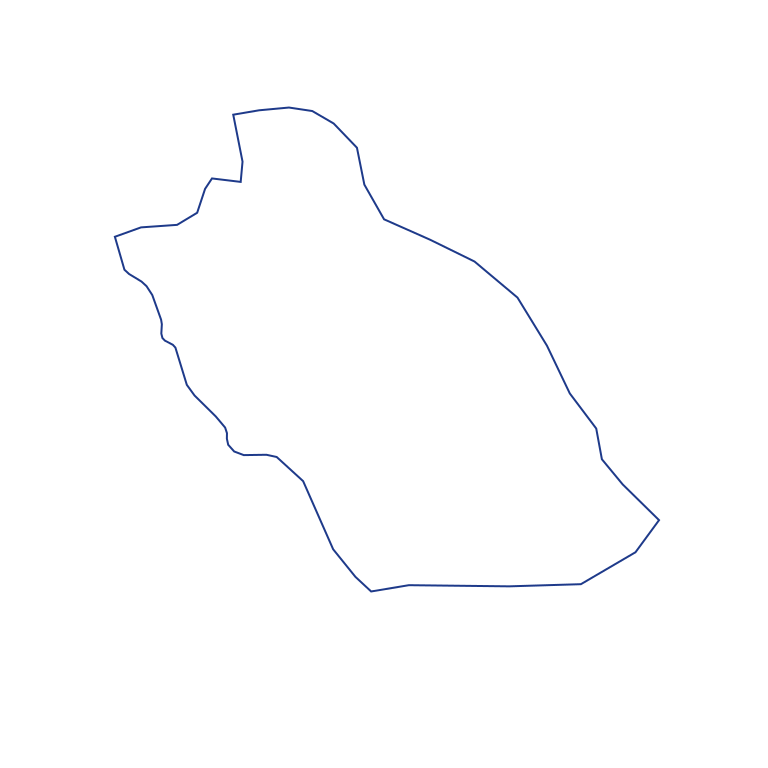 the border of Lola, rotated 130°
{"feature_id": "GIN-5650", "entity_name": "Lola", "entity_type": "Prefecture", "adm_level": 1, "iso_a3": "GIN", "parent_name": "Guinea", "parent_adm1": "", "projection": "equal_earth", "projection_center": [-8.285, 7.882], "detail": "fine", "context": "isolated", "style": "outline", "palette": "blue", "viewbox_px": 768, "rotation_deg": 130, "n_neighbors": 0, "source": "natural_earth", "source_scale": "10m", "svg_char_len": 848}
<svg xmlns="http://www.w3.org/2000/svg" viewBox="0 0 768 768"><g transform="rotate(130 384 384)"><path d="M551.2,260.5L550.1,282.0L543.3,316.7L510.4,383.5L508.9,419.3L513.8,428.6L528.6,445.7L532.0,455.4L530.7,464.3L526.9,469.2L522.6,472.7L519.5,477.7L517.0,492.0L514.6,521.7L511.4,534.5L490.2,567.2L489.7,570.9L491.6,579.7L491.2,583.3L488.5,587.0L481.0,592.6L478.0,596.1L464.8,618.7L461.7,628.8L461.4,635.6L463.6,650.0L463.3,656.3L444.2,684.8L420.2,670.8L395.1,644.8L372.9,637.2L349.5,646.5L337.1,647.9L321.3,623.7L304.6,635.3L274.6,672.6L254.6,655.6L233.3,634.5L221.0,614.4L216.8,590.0L220.4,556.6L243.9,527.2L257.8,489.8L243.9,441.6L232.0,393.4L232.0,337.3L249.9,283.8L271.8,235.6L281.7,192.8L301.6,168.7L307.5,136.6L311.5,85.8L351.2,83.2L410.8,104.5L458.5,158.0L522.1,235.6L551.2,260.5Z" fill="none" stroke="#1e3a8a" stroke-width="2"/></g></svg>